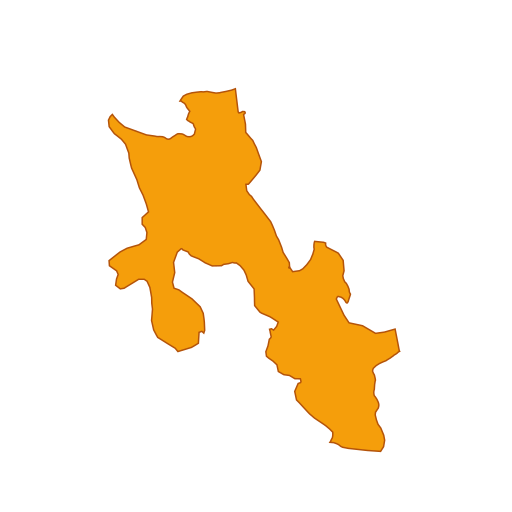 outline of Ba'dan, Ibb, Yemen, rotated 20°
{"feature_id": "15242507B32892695664802", "entity_name": "Ba'dan", "entity_type": "district", "adm_level": 2, "iso_a3": "YEM", "parent_name": "Yemen", "parent_adm1": "Ibb", "projection": "robinson", "projection_center": [44.318, 13.989], "detail": "fine", "context": "isolated", "style": "filled", "palette": "amber", "viewbox_px": 512, "rotation_deg": 20, "n_neighbors": 0, "source": "geoboundaries", "source_scale": "gbopen_adm2", "svg_char_len": 5220}
<svg xmlns="http://www.w3.org/2000/svg" viewBox="0 0 512 512"><g transform="rotate(20 256 256)"><path d="M215.3,372.5L217.4,370.9L221.0,368.2L224.7,365.4L226.6,364.0L229.1,361.0L231.7,357.7L228.6,347.2L230.9,345.3L233.3,346.3L233.2,343.4L230.1,335.9L228.6,332.8L226.0,327.9L223.4,325.3L220.9,322.8L214.6,320.0L210.6,318.2L203.8,316.5L199.3,315.4L195.1,314.2L190.0,314.3L186.4,309.1L185.3,299.4L182.6,294.0L180.7,290.2L180.7,279.3L183.2,274.7L184.1,274.6L184.9,275.2L186.2,275.3L190.8,275.4L191.9,276.3L192.9,277.1L193.7,277.4L195.0,278.0L197.3,278.1L203.1,278.2L208.4,279.3L210.5,279.8L214.0,280.0L218.2,280.3L223.4,278.3L226.9,276.9L228.5,274.9L232.8,272.6L235.7,270.4L236.2,270.1L237.6,270.0L239.0,269.7L239.8,269.2L244.4,270.5L249.5,273.4L253.3,277.2L257.2,282.5L265.5,287.6L268.9,295.9L270.1,299.1L271.7,303.1L278.9,307.4L280.8,307.8L289.8,308.3L292.3,308.8L299.5,310.5L299.5,315.1L297.9,319.6L295.4,319.1L293.8,320.2L295.4,322.5L295.5,322.9L297.4,325.9L297.8,326.5L297.9,327.3L297.7,328.2L297.0,329.7L298.0,336.3L298.0,342.6L300.1,346.6L303.1,347.7L307.8,348.9L312.9,351.1L316.5,356.9L322.7,358.0L328.3,356.8L334.5,358.0L339.7,356.2L341.2,358.5L341.2,359.7L339.2,361.4L338.7,370.0L343.3,377.4L346.9,379.1L357.7,384.7L360.3,386.0L366.4,388.3L377.7,391.1L379.8,391.7L384.4,393.4L388.4,395.3L389.4,398.0L389.8,399.8L389.9,401.0L389.6,402.7L389.5,404.4L389.2,405.8L392.9,404.8L396.2,404.8L398.1,405.0L400.8,405.9L402.8,406.1L405.3,405.7L408.5,405.2L427.3,400.6L439.5,397.1L439.9,397.0L441.1,391.6L439.9,385.1L437.3,380.7L432.1,375.0L428.2,372.4L425.2,368.8L422.4,364.6L421.7,361.8L421.8,361.7L422.2,360.0L422.5,358.6L422.9,357.2L422.8,355.7L422.4,354.0L421.7,352.7L420.9,351.6L419.8,350.5L418.7,349.4L417.4,348.4L416.3,347.6L414.9,346.8L414.1,345.6L413.3,343.9L412.9,342.3L412.8,340.8L412.3,339.2L411.9,337.8L411.4,336.1L411.1,334.5L410.8,333.1L410.7,331.8L409.8,330.2L408.0,327.4L406.4,326.0L405.0,324.5L404.6,322.9L404.7,321.3L406.4,317.9L408.7,314.9L411.4,312.2L414.0,309.9L414.4,309.3L415.3,308.1L417.1,305.9L418.0,304.5L419.0,303.1L419.7,301.8L420.9,300.4L421.8,299.1L422.2,298.2L422.5,297.7L423.5,296.4L423.2,296.3L419.4,289.9L411.7,277.1L402.7,283.6L394.8,287.8L384.9,286.0L380.0,285.1L376.9,285.5L371.3,286.3L366.3,287.0L365.2,286.2L358.9,281.5L346.2,269.0L346.3,266.9L346.9,265.9L350.1,265.6L352.3,266.1L354.3,267.1L355.7,268.2L356.4,268.8L357.2,269.1L357.9,268.8L358.2,267.0L358.1,266.1L357.9,260.5L357.8,259.5L356.9,258.8L356.0,257.8L354.8,255.4L352.7,253.0L350.2,250.8L348.2,249.9L345.9,247.5L344.3,244.9L343.8,239.8L339.4,230.3L332.4,225.2L329.8,224.8L323.2,224.0L319.3,223.5L317.7,222.0L317.0,220.0L314.9,220.0L306.1,222.2L306.2,223.7L306.6,225.6L307.4,228.0L308.4,229.8L308.8,235.5L308.7,235.6L308.5,240.8L306.7,246.8L304.4,252.0L302.0,254.9L295.8,258.2L292.3,255.7L291.2,256.0L290.7,255.4L291.4,254.7L291.0,254.4L291.0,254.1L289.6,250.9L285.8,247.7L280.2,243.3L277.1,239.1L271.8,233.1L268.3,230.2L264.5,225.5L261.0,221.7L258.0,218.7L246.7,211.5L245.5,210.8L244.4,210.1L238.1,206.1L233.9,203.4L231.4,201.5L228.8,200.6L225.0,197.9L222.0,192.1L224.3,191.1L225.8,187.2L228.4,180.0L230.3,174.0L228.8,165.5L227.2,163.6L223.0,158.6L219.2,154.0L216.0,151.1L213.4,148.5L210.8,147.2L205.8,144.3L204.1,143.4L201.0,135.7L196.0,127.4L196.1,127.2L196.2,126.7L196.6,126.3L196.9,125.7L196.9,125.2L196.4,124.5L196.0,124.3L195.6,124.3L195.3,124.4L194.6,124.6L194.0,124.8L193.5,125.3L193.1,125.9L192.5,126.4L192.3,126.6L191.9,126.7L191.3,127.3L190.9,127.4L189.9,126.6L179.4,105.9L176.3,108.5L171.7,111.5L166.7,114.5L166.3,114.9L162.7,116.6L158.2,117.4L153.7,118.1L150.4,119.8L148.2,120.4L144.1,122.4L139.9,124.6L135.6,127.7L133.0,130.6L131.8,135.2L131.6,136.4L132.1,136.2L132.4,136.1L132.7,136.1L132.8,136.0L133.0,136.1L134.3,136.6L135.8,136.8L137.3,137.4L138.5,138.3L139.6,139.6L140.9,140.6L142.2,141.4L143.5,142.2L144.3,142.6L144.0,145.5L144.2,148.9L144.1,149.8L144.1,151.4L145.7,152.1L147.2,152.3L147.7,152.5L148.5,152.7L151.3,153.0L152.0,153.4L152.9,154.7L154.3,156.2L155.4,156.9L155.9,157.8L156.2,160.9L156.4,162.5L155.9,163.5L155.6,164.2L154.6,165.5L153.3,166.4L152.0,166.9L150.6,167.3L149.2,167.2L147.7,166.9L146.2,166.6L144.7,166.6L143.3,167.0L141.8,167.4L140.4,168.1L139.4,169.4L138.5,170.7L137.4,172.0L136.5,173.3L135.6,174.7L134.5,175.9L133.1,176.4L131.6,176.4L130.2,176.0L128.8,175.8L127.3,175.9L125.9,176.3L124.5,176.7L123.6,177.1L123.1,177.3L121.7,177.7L120.1,177.9L111.6,179.7L105.3,179.7L88.5,179.7L81.6,177.2L75.1,173.8L72.6,172.1L71.3,174.9L70.9,178.8L73.8,184.7L78.9,188.1L81.1,189.5L83.0,190.1L84.6,190.6L89.6,192.3L95.2,195.6L98.3,199.3L101.3,202.8L103.4,207.4L107.1,213.1L109.0,215.9L118.0,225.1L120.8,228.8L123.1,231.8L129.1,237.5L132.5,241.5L135.1,244.6L137.2,247.5L139.9,251.3L135.9,258.8L138.2,265.1L142.2,267.1L145.5,271.3L147.2,278.0L142.2,285.5L137.9,288.6L132.2,292.8L126.9,298.7L124.7,302.2L119.5,310.6L121.6,315.3L130.1,317.6L132.8,320.5L132.8,325.3L134.1,331.5L139.7,333.3L143.1,331.4L145.1,328.8L149.5,323.3L153.7,318.0L158.9,316.1L162.3,317.0L167.0,321.8L169.4,325.9L172.2,330.8L174.2,336.0L176.9,341.3L179.0,348.9L179.9,352.3L185.1,360.4L189.5,364.4L191.5,366.1L199.0,367.7L202.2,368.4L208.6,369.7L211.6,370.3L215.3,372.5Z" fill="#f59e0b" stroke="#b45309" stroke-width="1.5"/></g></svg>